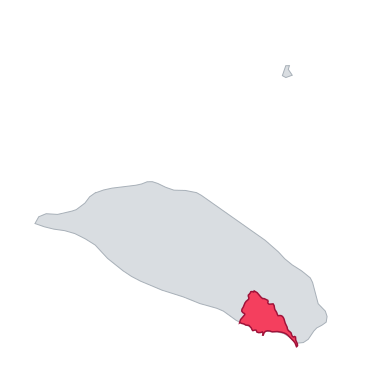 location of Yilan within Taiwan, rotated 98°
{"feature_id": "TWN-1163", "entity_name": "Yilan", "entity_type": "County", "adm_level": 1, "iso_a3": "TWN", "parent_name": "Taiwan", "parent_adm1": "", "projection": "natural_earth1", "projection_center": [121.682, 24.662], "detail": "fine", "context": "in_parent", "style": "filled", "palette": "rose", "viewbox_px": 384, "rotation_deg": 98, "n_neighbors": 0, "source": "natural_earth", "source_scale": "10m", "svg_char_len": 2271}
<svg xmlns="http://www.w3.org/2000/svg" viewBox="0 0 384 384"><g transform="rotate(98 192 192)"><path d="M258.0,280.5L253.3,291.0L249.5,302.2L248.0,312.7L248.0,323.6L247.0,333.4L245.1,343.1L237.8,340.3L233.8,333.4L232.9,322.0L227.6,308.2L225.6,304.2L217.9,296.5L211.0,292.7L205.6,287.0L206.3,287.5L202.3,279.8L199.3,271.7L193.1,248.5L191.0,242.9L188.1,237.8L187.3,232.7L188.3,227.1L191.0,218.7L192.7,210.2L191.4,198.7L192.0,187.4L194.0,182.3L229.6,112.9L239.3,98.1L245.2,90.9L250.2,82.7L254.9,72.4L260.6,62.9L264.8,60.0L285.1,51.5L291.4,43.4L296.5,40.9L302.2,41.0L305.9,44.9L309.2,49.5L312.7,52.0L321.7,56.4L325.6,60.8L327.4,68.2L322.0,75.3L319.3,81.7L318.7,88.7L319.7,98.3L319.9,107.9L313.0,130.3L305.6,144.3L303.7,151.3L301.4,168.6L297.1,186.0L293.4,208.0L287.4,230.7L284.0,240.2L279.7,249.2L269.5,266.4L258.0,280.5ZM62.4,109.0L65.6,115.0L64.2,118.7L53.9,116.7L53.3,113.1L57.2,113.7L62.4,109.0Z" fill="#d9dde1" stroke="#a8b0b8" stroke-width="1"/><path d="M330.7,67.0L327.3,68.9L325.7,70.4L320.3,77.4L319.5,78.9L318.8,81.0L318.4,83.4L318.3,85.8L318.3,88.1L319.3,92.9L319.2,94.2L318.8,95.4L318.9,97.9L319.8,99.9L321.7,101.1L323.9,101.6L323.9,102.1L323.0,102.0L322.1,102.1L321.3,102.4L320.8,102.8L321.6,104.4L322.0,106.4L321.7,108.2L320.0,109.2L319.9,110.0L320.1,110.9L320.6,111.8L320.8,112.6L320.0,113.4L318.3,114.5L316.2,117.0L316.2,118.0L316.3,120.2L316.0,121.0L315.6,121.7L315.4,122.7L315.2,124.7L315.1,125.2L314.8,125.7L314.6,126.1L314.9,126.6L315.0,126.7L314.7,126.7L311.5,126.1L306.2,122.7L305.1,123.0L304.4,124.8L303.0,126.2L301.1,126.2L298.8,125.2L294.5,124.1L292.6,123.1L291.9,122.4L290.2,121.0L288.8,121.0L287.5,121.7L286.3,121.9L285.3,121.1L284.0,120.3L282.6,119.9L282.2,118.8L282.4,117.0L281.3,116.7L282.6,113.5L286.6,109.0L287.7,107.2L287.5,105.9L287.9,104.4L288.6,102.3L288.7,101.9L289.8,101.4L290.8,101.6L291.7,101.2L292.4,100.0L291.5,96.1L293.0,94.9L293.9,94.6L295.6,94.1L297.0,93.5L298.1,92.5L299.5,91.4L301.4,90.4L302.5,89.6L302.4,88.9L302.1,88.0L302.0,86.7L302.6,85.1L303.9,83.9L305.0,83.2L308.8,81.5L312.6,79.0L314.4,78.4L315.8,77.3L316.7,75.7L317.6,74.4L318.7,73.8L319.7,73.4L321.0,72.5L321.5,71.4L320.8,70.3L321.2,69.3L324.4,68.6L325.4,67.9L327.8,66.5L329.5,66.1L330.5,66.7L330.7,67.0Z" fill="#f43f5e" stroke="#9f1239" stroke-width="1.5"/></g></svg>